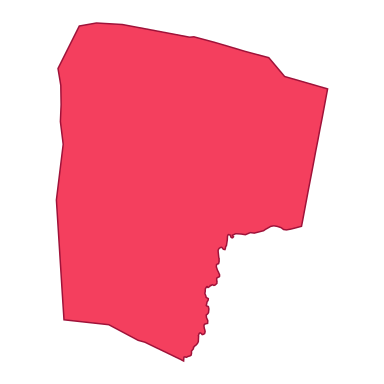 outline of San Sebastián Teitipac, Oaxaca, Mexico
{"feature_id": "50627088B95051750999200", "entity_name": "San Sebastián Teitipac", "entity_type": "district", "adm_level": 2, "iso_a3": "MEX", "parent_name": "Mexico", "parent_adm1": "Oaxaca", "projection": "equal_earth", "projection_center": [-96.625, 16.948], "detail": "fine", "context": "isolated", "style": "filled", "palette": "rose", "viewbox_px": 384, "rotation_deg": 0, "n_neighbors": 0, "source": "geoboundaries", "source_scale": "gbopen_adm2", "svg_char_len": 3070}
<svg xmlns="http://www.w3.org/2000/svg" viewBox="0 0 384 384"><path d="M327.6,88.9L284.6,76.5L268.8,57.7L251.5,53.1L244.8,51.3L242.1,50.5L240.8,50.1L217.2,43.1L193.9,36.8L189.6,37.2L122.3,24.5L96.4,23.0L79.3,26.0L58.0,68.5L60.8,85.4L61.1,104.8L60.4,121.6L63.2,144.3L56.4,200.0L62.7,299.9L64.0,319.8L108.8,324.7L138.1,340.3L144.9,342.2L154.6,346.9L157.9,348.5L158.4,348.7L158.8,348.9L159.5,349.2L160.6,349.8L162.2,350.5L162.3,350.6L163.1,351.0L164.0,351.4L164.1,351.5L164.4,351.6L166.1,352.4L166.2,352.5L166.4,352.6L167.4,353.0L167.7,353.2L167.9,353.3L168.5,353.6L169.1,353.9L169.4,354.0L171.7,355.1L173.1,355.8L173.6,356.1L174.2,356.3L175.5,357.0L175.9,357.2L176.8,357.6L177.5,357.9L178.3,358.3L178.8,358.6L179.3,358.8L180.6,359.4L181.0,359.6L181.5,359.9L181.6,360.0L181.9,360.1L182.0,360.2L182.2,360.3L182.4,360.4L183.6,361.0L183.9,357.2L185.0,356.8L185.4,357.0L186.2,357.3L187.1,357.0L187.5,356.6L189.3,356.1L190.2,355.8L191.1,355.2L191.5,353.5L191.5,351.0L191.7,350.8L193.4,348.8L193.5,347.2L194.2,346.8L194.4,346.3L195.0,345.7L195.5,345.6L196.8,344.2L197.4,343.5L198.3,341.7L198.6,336.1L198.3,335.8L199.2,333.4L200.1,332.8L200.8,333.2L201.4,333.6L201.6,333.9L202.2,334.6L203.2,334.4L204.6,333.6L205.1,331.8L205.1,331.5L205.0,330.9L204.8,329.9L204.5,328.9L204.2,328.0L204.2,327.5L204.1,326.9L203.9,326.0L204.3,324.5L204.6,324.2L205.3,324.0L206.0,323.7L207.6,323.4L207.8,320.9L207.5,319.9L206.5,317.7L206.2,315.2L206.4,314.8L207.0,314.5L208.0,313.4L208.5,312.6L208.9,309.0L208.4,306.7L207.9,306.3L207.6,306.2L207.3,306.3L206.3,305.6L206.4,304.9L206.8,303.3L206.9,302.3L208.2,300.0L208.3,298.6L206.1,297.4L206.0,296.4L204.8,293.2L205.2,291.9L205.3,289.7L205.3,288.9L206.3,287.2L206.5,287.2L206.8,286.6L207.3,286.6L207.4,287.2L208.0,287.5L209.8,286.4L210.1,286.0L210.3,285.4L210.6,285.4L211.1,285.5L211.6,285.2L212.0,284.8L212.5,284.7L212.9,285.0L213.4,285.2L213.8,285.4L214.3,285.3L215.0,285.1L216.9,283.4L216.9,282.8L217.0,281.2L216.7,281.1L216.7,278.3L217.0,277.9L217.7,277.6L218.1,277.2L219.0,277.0L219.6,276.2L219.5,274.4L218.8,273.2L218.6,272.4L217.8,270.9L217.5,270.3L217.2,269.5L216.8,268.2L216.4,267.1L216.3,266.8L216.5,264.7L216.9,264.4L217.5,263.9L218.3,263.8L218.6,263.6L219.1,261.6L219.1,261.1L219.1,258.4L218.8,257.7L218.2,252.0L218.1,250.7L218.4,249.5L218.8,248.9L219.2,248.3L219.7,248.0L220.2,247.7L220.7,247.5L221.0,247.3L221.5,247.3L222.0,247.6L223.2,249.1L223.5,249.3L223.9,249.4L224.6,249.5L224.9,249.6L225.3,248.8L225.7,246.4L226.1,246.0L226.4,245.8L226.7,243.8L227.3,239.8L227.5,236.1L227.7,235.7L228.1,234.8L228.7,234.5L230.5,235.3L230.6,236.3L231.0,237.2L232.1,237.9L232.7,237.7L233.5,236.8L233.0,236.3L232.5,235.2L235.7,233.7L239.5,233.9L241.8,234.1L242.2,234.2L245.4,234.7L250.3,232.6L254.4,233.1L254.7,233.0L263.6,230.7L265.4,229.4L267.2,228.4L270.7,226.4L273.8,225.8L277.3,226.4L281.2,227.7L283.5,229.5L286.4,229.9L290.8,229.1L294.4,228.2L301.5,226.3L302.6,220.7L306.4,200.4L308.3,190.3L312.2,170.0L314.1,159.9L315.6,151.8L318.0,139.6L319.9,129.4L321.9,119.3L323.8,109.2L327.6,88.9Z" fill="#f43f5e" stroke="#9f1239" stroke-width="1.5"/></svg>